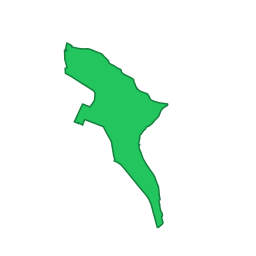 Bakau, Banjul, Gambia, rotated 65°
{"feature_id": "56634734B97208940932189", "entity_name": "Bakau", "entity_type": "district", "adm_level": 2, "iso_a3": "GMB", "parent_name": "Gambia", "parent_adm1": "Banjul", "projection": "orthographic", "projection_center": [-16.668, 13.473], "detail": "fine", "context": "isolated", "style": "filled", "palette": "green", "viewbox_px": 256, "rotation_deg": 65, "n_neighbors": 0, "source": "geoboundaries", "source_scale": "gbopen_adm2", "svg_char_len": 3836}
<svg xmlns="http://www.w3.org/2000/svg" viewBox="0 0 256 256"><g transform="rotate(65 128 128)"><path d="M230.5,143.4L230.8,142.7L230.8,141.9L230.1,139.3L229.5,137.4L228.8,136.5L228.5,136.2L228.1,136.2L227.4,136.0L226.4,135.9L225.3,135.7L224.3,135.5L223.5,135.3L222.9,135.1L222.6,135.1L222.4,134.5L222.4,134.3L221.9,133.8L221.6,133.7L220.6,133.3L219.3,133.1L217.9,133.3L216.4,133.3L215.1,133.0L213.8,132.7L212.2,132.2L210.6,131.5L210.2,131.5L208.2,131.2L207.6,131.0L207.2,131.0L206.3,129.6L206.5,129.5L206.0,129.0L204.5,128.7L203.2,128.4L202.6,128.2L201.4,127.8L200.5,127.4L199.0,127.0L198.3,126.6L197.5,126.3L196.9,126.1L196.0,125.9L194.5,125.4L193.7,125.2L192.5,125.2L191.3,125.1L189.6,125.1L187.2,124.8L185.2,124.6L183.1,124.4L181.6,124.6L177.5,125.2L175.7,125.6L171.7,126.2L169.0,126.7L163.6,127.2L162.4,127.3L158.9,127.1L157.8,126.9L156.9,126.8L156.5,126.7L154.5,126.6L151.6,126.5L150.8,126.4L150.3,126.3L149.7,126.1L149.6,125.9L149.2,125.7L148.3,124.7L148.0,124.5L147.9,124.8L147.7,125.1L147.4,125.2L147.0,125.0L146.0,124.6L145.1,123.8L144.2,123.1L143.4,122.6L142.8,122.1L142.2,121.6L141.4,121.2L141.0,121.2L139.3,120.2L139.2,118.7L138.9,118.3L138.3,117.5L137.8,116.5L137.0,115.0L136.3,112.8L135.2,111.0L135.0,110.3L134.8,109.7L134.8,109.0L135.1,108.8L135.1,108.0L134.8,106.9L134.7,106.7L134.2,104.3L133.0,101.9L132.4,100.4L132.0,99.4L131.2,97.3L130.4,95.3L126.7,91.3L126.4,90.9L125.5,89.4L124.8,88.1L124.3,84.8L124.2,83.5L124.1,82.9L123.9,82.3L123.5,82.1L123.0,82.0L122.7,82.3L118.8,88.5L117.5,90.1L115.4,92.5L114.2,93.7L113.9,94.0L112.4,95.2L111.6,95.7L110.8,95.6L110.0,95.6L108.5,95.5L107.4,95.7L106.1,95.8L105.0,96.2L104.3,96.9L104.0,97.2L103.9,97.3L102.7,98.6L101.3,100.0L100.2,101.0L99.7,101.3L98.6,102.1L97.3,102.7L96.1,102.9L96.1,103.0L96.0,102.9L94.2,103.3L93.5,103.4L92.4,103.2L91.2,103.1L88.6,103.2L87.8,102.7L87.2,102.6L86.9,102.5L86.5,102.5L85.9,102.7L84.8,103.3L80.8,106.4L79.8,107.2L78.5,108.3L77.6,109.0L77.2,109.2L75.9,109.9L75.0,110.1L74.5,110.2L74.0,110.1L73.3,109.9L73.0,109.9L72.7,109.8L72.2,109.9L71.6,110.1L71.0,110.6L70.2,111.4L69.7,111.9L68.7,112.6L67.2,113.4L65.4,114.6L64.4,115.4L62.6,116.8L62.0,117.2L61.6,117.4L61.4,117.5L61.0,117.7L60.5,117.7L60.1,117.8L59.8,117.7L59.7,117.7L59.3,117.3L59.0,117.3L58.3,117.5L57.6,117.8L56.4,118.2L55.8,118.4L54.6,118.9L53.4,119.4L52.5,119.6L51.6,119.9L50.7,120.2L49.6,120.7L49.0,121.2L48.5,121.7L48.4,121.8L47.4,122.7L47.0,123.1L46.1,124.0L43.8,126.2L43.6,126.4L43.5,126.5L42.5,127.1L42.4,127.3L41.6,128.2L41.4,128.3L40.1,129.6L39.5,130.6L38.5,132.4L37.8,134.4L36.5,136.8L36.0,137.5L34.8,139.5L30.8,144.7L29.6,144.1L25.3,147.4L25.2,147.5L29.9,151.2L31.4,150.5L32.2,151.4L30.8,152.7L39.0,156.2L47.4,157.7L47.4,157.9L47.4,159.8L52.0,161.6L57.9,157.3L63.2,154.0L63.3,153.9L68.7,150.5L71.3,148.8L75.0,146.4L79.2,143.8L79.3,143.7L79.8,143.5L80.3,143.3L81.5,143.2L82.7,143.3L83.3,143.5L88.7,146.7L89.0,147.0L90.1,148.9L90.3,149.2L90.8,149.8L91.0,150.1L92.7,153.7L92.6,153.8L90.1,156.1L89.9,156.4L89.6,156.6L87.7,158.4L87.6,158.5L87.4,158.7L87.1,159.1L88.2,160.4L89.6,162.1L92.3,165.2L92.8,165.9L94.8,168.2L94.9,168.3L95.0,168.4L98.1,172.1L99.0,173.2L99.5,173.8L99.7,174.0L101.8,172.0L102.4,171.5L102.6,171.4L102.8,171.3L102.3,170.9L102.5,170.7L106.1,167.9L102.0,163.7L106.1,159.7L110.1,155.8L114.2,151.9L116.3,149.8L123.9,149.5L124.6,149.4L133.6,148.8L135.7,149.5L141.9,151.2L144.7,152.0L147.6,152.8L150.2,153.0L151.2,153.8L151.7,154.1L151.8,154.2L152.2,154.4L152.4,154.3L152.7,153.9L153.1,153.4L153.5,152.9L154.3,152.5L155.6,151.5L157.8,150.2L159.9,149.4L162.8,148.6L164.3,148.2L176.0,145.3L178.7,144.5L182.0,143.8L196.3,140.0L198.0,139.7L199.6,139.4L201.7,139.2L203.9,139.2L206.5,139.3L208.6,139.6L211.8,140.2L214.1,140.6L215.0,140.8L219.5,141.5L224.5,142.4L226.8,142.8L227.8,143.0L229.4,143.2L230.5,143.4Z" fill="#22c55e" stroke="#15803d" stroke-width="1.5"/></g></svg>